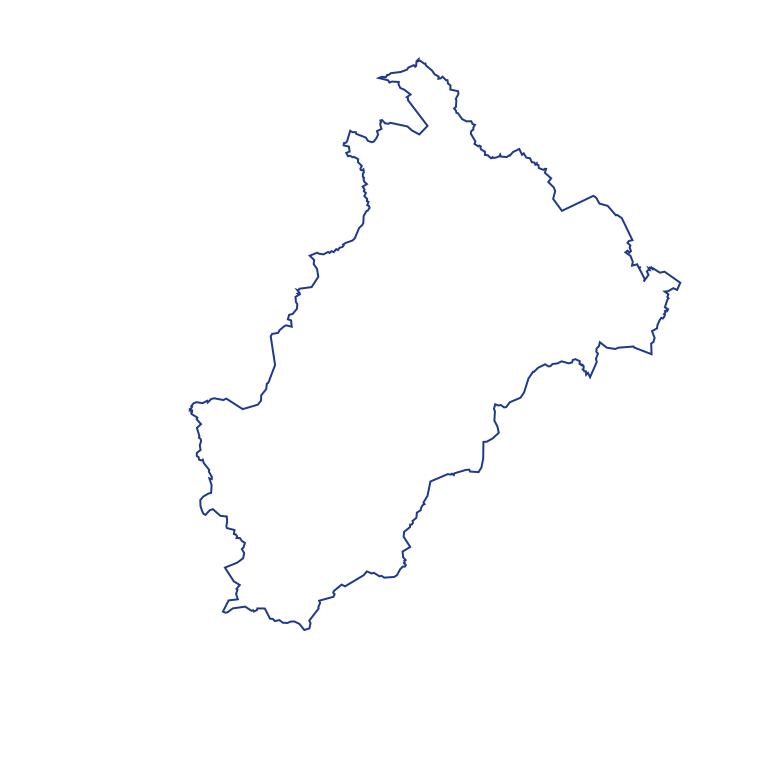 outline of Ario, Michoacán, Mexico, rotated 38°
{"feature_id": "50627088B27695640729090", "entity_name": "Ario", "entity_type": "district", "adm_level": 2, "iso_a3": "MEX", "parent_name": "Mexico", "parent_adm1": "Michoacán", "projection": "natural_earth1", "projection_center": [-101.712, 19.129], "detail": "fine", "context": "isolated", "style": "outline", "palette": "blue", "viewbox_px": 768, "rotation_deg": 38, "n_neighbors": 0, "source": "geoboundaries", "source_scale": "gbopen_adm2", "svg_char_len": 6141}
<svg xmlns="http://www.w3.org/2000/svg" viewBox="0 0 768 768"><g transform="rotate(38 384 384)"><path d="M472.6,626.9L475.7,622.5L473.4,617.8L470.8,616.4L470.7,601.2L469.5,600.0L468.5,595.9L466.3,594.7L475.2,582.8L474.5,580.0L472.6,579.8L471.9,578.4L474.1,568.2L477.9,567.4L485.7,547.2L485.8,542.3L491.0,540.8L492.3,539.0L498.9,538.3L500.1,536.7L503.5,536.4L510.9,529.7L511.9,526.7L510.8,520.0L511.2,516.3L512.8,515.2L512.7,513.2L509.9,512.8L510.2,511.8L508.8,510.8L509.4,509.4L505.7,508.7L501.8,504.6L505.0,496.3L493.4,492.2L490.9,488.1L492.6,480.7L491.2,478.8L492.4,477.7L492.3,475.6L490.8,474.3L491.9,469.6L489.1,465.1L490.6,461.0L489.3,458.2L489.1,455.1L489.9,453.7L488.1,453.2L487.1,445.3L480.6,432.3L489.7,415.8L492.6,414.1L492.8,412.8L495.1,412.8L494.5,411.0L501.5,401.2L504.0,399.0L505.7,400.0L512.8,395.2L512.1,389.6L508.1,381.7L498.0,368.4L500.5,366.2L503.1,360.1L504.5,351.8L499.6,347.7L493.5,344.9L488.3,337.3L486.0,335.9L484.1,331.5L487.3,330.6L489.1,328.6L493.1,328.5L494.5,326.9L494.4,320.9L500.0,310.8L499.6,304.5L494.5,290.8L493.9,282.5L494.7,282.1L495.4,276.5L498.8,269.3L502.7,268.9L504.1,267.6L504.5,264.5L508.0,261.0L510.0,256.8L516.8,254.0L518.9,251.3L518.0,248.9L519.5,246.6L524.3,245.5L525.7,247.8L528.1,247.5L527.7,246.9L528.5,246.6L530.5,247.1L532.1,249.5L531.7,250.1L534.1,250.7L535.3,249.7L537.6,252.2L537.9,249.7L542.2,251.8L538.1,235.7L535.5,233.6L533.9,228.3L531.5,227.9L529.7,225.2L530.1,221.9L528.4,218.2L537.3,218.2L544.7,214.0L546.4,211.0L557.6,200.8L558.8,201.2L576.5,195.8L569.7,187.7L570.4,184.9L568.9,181.1L562.6,177.3L564.9,172.1L563.3,169.4L561.9,164.1L561.8,161.1L563.4,160.7L563.4,158.3L562.7,156.4L561.6,156.5L561.7,154.1L560.5,153.6L561.3,151.9L562.2,151.9L561.8,150.2L558.1,150.6L555.3,142.8L555.5,141.3L553.7,141.0L553.0,138.3L548.3,138.3L550.7,136.1L553.0,130.4L557.0,129.4L555.2,121.8L535.9,122.8L532.9,126.4L522.2,127.5L526.2,128.0L522.0,128.3L522.4,129.8L521.4,129.9L523.2,130.7L522.1,131.3L521.9,133.5L525.3,135.2L525.6,143.3L524.7,140.7L513.4,135.5L514.3,133.6L513.2,135.5L509.8,133.8L506.6,138.0L504.7,134.4L499.3,131.3L493.2,131.6L493.9,129.0L496.5,129.3L496.8,127.2L493.6,125.3L492.9,123.2L489.0,122.8L488.9,120.6L491.2,117.7L469.3,106.9L463.6,107.2L462.9,108.3L450.6,105.9L442.7,109.2L436.3,106.5L433.1,106.9L417.6,138.0L403.3,134.0L400.2,126.7L396.9,124.6L389.1,123.7L389.1,119.0L380.7,118.5L379.3,114.7L378.3,115.3L377.8,117.1L373.1,118.5L370.8,116.4L369.5,117.0L368.4,116.0L368.1,117.9L366.2,116.9L363.9,118.2L360.2,116.2L356.7,118.0L352.1,116.2L351.7,118.4L345.9,115.5L342.8,121.9L342.6,126.5L342.0,126.5L341.0,129.6L336.1,132.8L334.3,131.7L334.6,133.8L332.6,137.0L330.6,138.8L329.9,138.4L329.4,140.2L324.9,139.9L322.5,141.3L320.5,138.8L316.3,139.4L314.6,138.6L314.0,137.2L312.4,137.4L311.9,138.7L307.5,139.1L306.7,136.6L298.3,133.3L297.0,130.9L297.8,128.6L296.5,126.9L296.1,123.8L293.7,124.6L291.0,123.2L287.4,126.2L282.4,127.2L275.6,125.1L274.1,125.7L272.4,124.3L269.6,123.7L270.1,121.4L266.3,115.8L265.1,115.3L264.1,109.6L262.1,107.7L255.0,111.1L252.5,107.8L249.4,107.8L246.9,105.5L245.8,106.4L241.0,105.8L240.4,108.4L238.9,110.0L237.8,108.1L233.3,108.8L228.8,107.4L221.0,107.2L219.3,106.0L218.7,106.8L213.3,107.0L212.3,108.5L211.3,106.9L210.9,109.6L213.5,113.7L213.2,114.8L211.2,114.4L208.4,119.5L208.6,122.1L205.1,127.8L198.0,134.9L197.4,137.5L196.2,138.6L196.6,141.1L193.1,143.3L191.5,146.1L200.4,142.1L202.7,143.1L204.2,140.7L209.7,136.9L210.8,138.8L214.5,140.7L218.8,139.6L226.7,139.5L225.4,143.9L226.5,143.7L228.2,145.6L259.4,153.8L258.2,165.6L249.9,167.0L244.0,166.6L228.1,174.3L227.4,176.1L224.4,177.9L220.0,177.2L218.9,178.6L220.6,179.7L220.6,181.0L222.4,182.8L225.0,184.5L222.8,189.1L225.8,191.1L226.6,194.8L226.8,199.1L225.4,201.0L221.7,202.3L218.0,201.0L208.1,204.0L206.9,202.9L204.2,204.9L201.5,205.3L205.4,215.3L205.5,217.2L204.1,218.9L205.3,220.8L210.2,218.5L213.8,222.0L212.0,225.1L215.4,226.7L216.7,225.1L219.6,224.7L220.3,223.6L225.2,222.7L226.9,225.2L232.2,225.8L232.8,228.9L233.8,229.6L235.1,229.2L235.6,227.5L237.8,229.5L237.9,231.4L239.7,233.6L241.3,233.8L241.6,235.1L244.1,236.8L247.4,237.0L245.7,241.6L248.9,242.7L249.4,244.5L252.1,244.6L252.8,248.0L256.7,248.5L258.0,250.5L259.6,250.0L260.8,253.5L262.2,252.9L264.2,254.0L264.4,257.3L263.7,258.6L264.6,264.2L268.6,269.9L269.0,271.9L268.3,276.2L271.3,287.2L270.8,290.4L266.9,296.5L265.9,299.3L266.9,299.6L266.9,301.6L265.1,304.0L265.3,306.8L263.3,307.1L263.2,311.0L260.9,311.6L260.4,314.3L258.7,314.3L256.5,319.1L252.3,321.5L250.6,321.6L246.5,328.6L252.6,329.3L254.8,332.8L260.4,334.6L266.2,339.9L267.3,352.2L258.7,361.0L258.8,363.2L258.0,363.4L261.4,364.3L260.4,365.8L262.3,365.6L260.6,369.8L264.1,373.6L266.6,374.5L269.1,378.4L268.9,385.0L266.7,387.9L268.4,392.2L271.6,391.1L276.0,395.7L271.0,397.9L270.0,399.3L268.6,405.9L269.1,408.9L265.0,413.4L265.3,416.1L286.5,436.1L292.1,454.2L291.5,455.9L294.3,460.5L294.2,468.6L297.3,472.7L297.3,478.0L288.1,490.8L268.8,492.6L267.2,495.6L259.1,499.7L257.1,502.1L256.5,507.1L255.0,506.1L252.8,510.8L247.5,513.7L245.8,516.5L245.8,520.1L246.8,520.1L247.0,522.3L246.4,523.2L247.2,524.5L249.1,522.9L250.1,524.4L249.6,525.2L250.9,526.1L257.7,525.4L258.0,527.1L264.5,528.3L263.6,533.8L270.6,538.7L271.2,540.2L273.4,540.2L275.1,541.7L276.6,545.8L280.1,548.9L278.9,553.5L280.8,556.0L283.0,555.8L284.8,557.5L287.2,556.7L287.7,555.2L290.8,557.3L299.2,559.3L299.9,560.9L305.6,563.2L306.8,565.0L304.5,565.9L310.4,569.8L314.8,576.3L313.1,578.4L310.9,583.9L310.7,588.6L314.6,593.2L318.7,596.0L321.6,597.4L323.9,597.1L324.4,590.9L326.1,588.0L336.3,588.6L341.7,585.2L345.2,589.1L347.4,593.3L349.0,594.2L356.1,591.1L358.1,594.7L360.1,593.8L362.0,594.5L362.7,596.2L365.2,594.1L368.7,595.2L372.2,594.8L373.9,599.2L373.5,602.4L373.7,601.6L377.9,603.3L380.3,608.1L378.3,615.2L371.7,626.6L387.1,632.0L394.1,631.2L393.9,636.3L395.3,636.4L396.7,640.5L401.4,643.6L394.8,650.2L397.2,662.5L399.7,661.9L401.2,660.3L403.0,653.9L411.7,644.9L419.2,644.3L420.2,642.9L421.6,643.4L423.0,640.4L422.4,638.8L428.3,634.3L438.7,639.1L441.0,637.6L443.9,638.0L447.0,634.4L451.3,634.4L455.1,631.7L456.7,628.7L459.4,626.4L464.9,625.1L472.6,626.9Z" fill="none" stroke="#1e3a8a" stroke-width="2"/></g></svg>